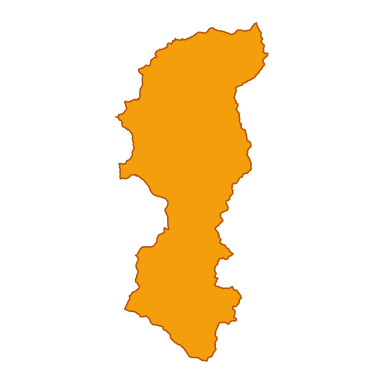 the district of Mae On, Chiang Mai, Thailand
{"feature_id": "78962969B29655257456650", "entity_name": "Mae On", "entity_type": "district", "adm_level": 2, "iso_a3": "THA", "parent_name": "Thailand", "parent_adm1": "Chiang Mai", "projection": "albers", "projection_center": [99.293, 18.727], "detail": "fine", "context": "isolated", "style": "filled", "palette": "amber", "viewbox_px": 384, "rotation_deg": 0, "n_neighbors": 0, "source": "geoboundaries", "source_scale": "gbopen_adm2", "svg_char_len": 5986}
<svg xmlns="http://www.w3.org/2000/svg" viewBox="0 0 384 384"><path d="M124.7,309.0L130.1,311.3L133.6,311.4L136.2,312.5L137.2,313.6L139.0,314.2L140.5,316.7L143.8,316.7L145.2,316.1L146.5,316.2L148.8,318.2L151.1,322.9L152.7,324.5L156.5,324.9L162.8,326.8L163.4,329.5L163.9,329.9L165.6,330.2L166.4,331.2L167.6,332.0L168.1,332.9L169.2,333.4L170.2,334.4L170.4,336.8L170.8,338.3L175.0,342.5L176.4,343.2L177.7,344.4L179.7,344.8L183.0,347.5L185.5,350.6L189.5,356.8L192.6,357.5L197.9,357.6L202.2,360.4L204.8,360.5L206.8,361.0L207.7,358.5L208.2,357.7L211.8,356.4L213.3,353.1L216.0,349.3L215.2,347.4L215.3,345.3L215.0,342.4L216.9,339.6L217.1,338.2L216.8,337.3L215.2,336.0L215.0,335.3L215.7,333.5L215.4,331.9L218.2,325.6L219.0,323.0L220.0,322.6L222.8,322.5L224.5,322.0L225.6,322.6L226.4,323.4L228.6,324.1L229.7,322.3L231.0,321.3L232.8,320.6L234.6,321.1L236.5,320.0L236.1,318.7L233.8,317.1L234.9,314.0L235.1,311.4L234.8,310.5L233.9,309.6L232.8,309.2L232.6,307.3L233.2,306.3L234.5,306.7L235.7,306.6L237.9,304.5L239.4,302.0L239.1,299.8L240.7,298.8L241.1,298.2L240.9,296.1L240.5,295.5L237.9,292.0L237.4,290.7L235.6,290.1L234.1,290.0L233.6,289.6L232.8,287.2L232.4,286.7L231.6,286.8L230.4,287.8L229.0,288.3L225.6,288.2L223.1,288.5L218.0,286.5L215.7,286.0L214.7,285.2L215.5,283.0L216.2,282.0L216.4,280.7L217.8,278.4L216.2,277.6L214.7,277.5L216.1,273.4L215.0,271.4L214.7,268.7L215.1,267.1L215.8,265.9L217.7,264.1L217.6,261.9L218.9,260.8L219.3,258.6L219.8,258.4L221.8,258.7L223.1,257.9L225.1,259.3L227.5,259.1L228.3,257.4L229.8,255.9L231.3,255.7L231.8,254.8L232.8,254.5L232.9,254.1L232.6,253.3L230.7,252.3L228.2,248.6L226.9,248.3L224.9,245.1L222.4,244.4L219.9,242.6L219.8,242.3L220.9,239.7L219.0,237.3L218.9,236.4L219.2,235.6L218.4,234.8L218.3,232.8L214.8,228.6L216.8,226.6L218.8,225.2L219.6,223.8L222.8,220.9L222.8,220.2L220.6,216.8L220.3,214.0L220.5,213.5L224.6,211.2L227.2,210.2L227.9,208.9L228.1,207.6L226.1,202.8L226.0,201.5L226.4,200.9L229.2,199.8L229.6,199.2L229.7,196.8L232.5,194.0L232.9,190.9L231.7,188.4L231.8,187.8L232.3,187.1L232.2,184.8L233.2,183.5L234.8,183.7L236.4,183.1L238.6,180.2L239.3,178.3L240.1,177.6L241.9,177.0L242.5,176.4L243.0,174.6L243.3,174.3L244.6,173.5L247.2,173.2L251.3,169.0L250.8,167.3L251.2,165.0L251.0,162.8L250.0,161.0L249.6,159.0L248.7,157.9L248.5,157.0L246.9,155.2L247.5,153.6L247.6,150.4L249.1,148.2L250.7,146.8L250.9,146.3L250.9,144.1L250.0,142.3L248.7,141.0L247.7,140.7L246.9,140.0L246.9,137.6L246.4,136.0L246.3,134.4L245.5,132.2L245.4,130.3L245.1,129.9L242.6,129.1L241.0,127.4L241.2,123.7L240.2,123.3L239.5,121.8L239.7,118.7L238.9,115.4L239.6,113.9L238.1,112.2L236.0,108.6L237.6,106.9L238.0,104.2L236.0,103.1L236.2,101.4L235.0,100.0L234.6,98.3L234.0,97.2L234.9,95.7L234.8,94.2L235.7,92.6L236.1,91.1L236.1,89.6L235.5,88.1L235.8,87.4L239.9,85.6L242.0,85.1L243.3,83.1L244.7,82.9L247.2,81.5L247.9,80.7L249.5,80.4L251.8,78.8L253.3,78.3L255.8,75.9L257.0,74.0L258.5,73.1L259.8,70.6L262.0,68.4L262.6,66.5L264.1,65.4L264.4,63.9L262.9,61.5L263.1,59.8L264.3,58.3L267.6,55.5L267.6,53.2L266.2,53.5L264.9,53.2L263.3,51.8L263.7,49.7L263.3,48.4L263.9,47.5L264.2,45.5L264.0,44.9L262.1,43.3L261.4,41.5L261.4,40.4L262.3,39.5L262.6,38.7L260.7,36.0L261.2,32.7L259.2,30.1L257.8,27.4L256.3,23.0L254.3,24.1L252.8,26.3L251.9,27.2L250.1,30.1L249.5,30.4L248.1,30.2L246.8,30.8L243.5,31.0L241.7,30.2L237.4,30.1L236.0,31.8L234.0,33.6L231.7,34.5L222.6,31.3L217.7,30.6L213.7,28.9L213.1,27.9L212.5,27.8L209.7,28.5L206.3,32.8L205.8,33.0L204.4,33.0L200.1,32.3L198.4,32.4L195.4,34.1L194.4,35.5L192.3,36.4L191.7,37.0L190.3,37.2L189.6,38.3L187.7,38.3L186.3,39.4L184.4,39.7L183.5,39.7L182.2,38.8L181.8,40.0L181.5,40.1L180.6,39.9L178.3,40.1L177.4,39.6L176.3,39.5L175.4,38.7L174.8,39.3L174.9,40.4L174.5,41.0L173.9,41.1L173.2,40.7L172.8,40.8L172.4,41.8L171.9,43.6L171.1,43.8L169.7,43.3L168.2,43.2L167.6,44.0L167.0,46.1L167.1,47.0L166.8,47.5L165.0,47.9L161.9,49.7L159.8,49.3L158.1,50.7L156.7,51.0L155.5,52.9L155.2,54.2L155.6,55.1L156.6,55.8L156.6,57.0L156.2,57.3L154.5,57.4L154.1,58.0L153.3,58.3L152.3,59.6L151.6,59.6L151.1,60.0L150.3,64.3L149.7,65.7L148.8,65.9L146.2,65.2L143.3,67.6L138.7,69.3L138.5,70.3L139.2,72.0L141.0,73.8L142.6,74.4L142.8,75.1L142.2,79.3L142.7,84.4L141.6,87.3L140.2,88.9L139.9,93.7L140.0,97.1L138.8,98.4L138.4,99.4L137.9,99.0L137.4,99.8L137.1,99.5L135.7,100.2L134.6,99.2L131.6,101.0L131.1,100.9L131.1,101.4L129.2,101.7L127.9,102.3L126.1,101.4L125.0,101.5L124.8,102.1L126.6,108.0L126.5,109.3L122.4,114.1L119.0,114.7L118.7,114.9L118.5,116.0L117.4,116.8L116.4,117.0L118.4,117.9L119.4,120.0L121.3,120.5L121.9,122.5L122.2,125.8L122.7,126.5L125.0,127.6L127.6,129.8L129.0,129.7L130.8,132.4L131.5,133.0L132.7,135.9L132.7,137.0L132.2,138.3L132.8,139.5L132.8,141.1L133.6,143.0L133.2,145.3L134.1,147.2L133.8,149.0L132.2,152.1L132.5,154.5L132.3,155.6L130.3,158.8L128.6,160.2L126.7,160.8L126.2,162.7L125.0,163.7L123.2,164.2L121.1,163.5L119.1,163.8L119.7,165.9L119.5,167.5L120.5,169.5L119.9,171.5L120.3,174.7L120.0,176.8L120.3,178.8L122.4,178.3L125.3,178.7L126.7,178.5L129.5,177.0L130.7,175.2L131.2,174.9L132.2,174.7L134.2,175.1L135.6,174.5L136.1,175.8L136.6,176.0L136.9,175.5L137.7,175.7L143.9,180.3L149.2,186.9L149.9,189.4L150.9,191.4L152.4,193.6L154.2,194.9L157.3,196.1L162.1,197.2L165.4,198.7L167.7,201.2L168.0,203.4L167.9,204.5L167.0,206.8L165.2,209.1L165.0,209.8L166.1,213.3L167.8,216.6L167.9,225.3L168.6,228.5L168.6,229.2L167.4,229.3L165.1,228.0L164.2,228.2L163.9,229.1L164.4,231.4L164.2,232.4L162.9,233.2L159.6,234.6L158.8,235.1L158.0,236.1L157.0,238.7L157.0,241.0L156.5,242.4L153.7,245.9L152.7,246.5L150.5,246.9L143.2,246.9L142.1,247.2L140.3,249.0L137.3,254.4L136.7,255.0L135.8,255.3L138.2,257.8L138.2,259.8L136.1,264.9L136.2,267.0L136.8,268.9L137.5,269.5L138.2,271.2L138.0,272.6L136.7,275.7L136.6,277.8L135.7,278.6L135.6,281.2L136.0,282.3L137.8,283.2L138.0,284.8L139.3,285.8L139.4,287.5L138.9,288.3L136.5,290.1L135.7,291.0L133.9,291.9L132.3,292.3L131.5,294.4L129.2,296.1L130.0,297.5L129.4,299.6L128.4,300.6L128.1,302.0L124.7,309.0Z" fill="#f59e0b" stroke="#b45309" stroke-width="1.5"/></svg>